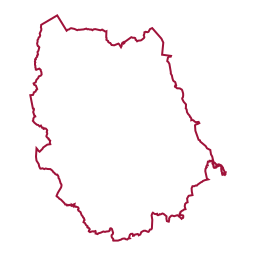 Assin South, Central, Ghana
{"feature_id": "2480657B73071492710762", "entity_name": "Assin South", "entity_type": "district", "adm_level": 2, "iso_a3": "GHA", "parent_name": "Ghana", "parent_adm1": "Central", "projection": "natural_earth1", "projection_center": [-1.29, 5.529], "detail": "fine", "context": "isolated", "style": "outline", "palette": "rose", "viewbox_px": 256, "rotation_deg": 0, "n_neighbors": 0, "source": "geoboundaries", "source_scale": "gbopen_adm2", "svg_char_len": 5763}
<svg xmlns="http://www.w3.org/2000/svg" viewBox="0 0 256 256"><path d="M106.4,231.5L108.8,231.3L109.8,230.4L109.8,229.3L110.4,228.3L111.0,228.3L111.9,229.0L113.1,232.8L112.8,234.0L111.6,235.2L111.6,236.6L112.0,237.6L113.2,238.9L113.3,239.4L113.1,240.1L113.3,240.6L118.0,240.6L121.3,239.5L122.2,238.8L124.0,238.5L124.8,238.5L125.4,239.1L127.3,239.5L128.2,238.6L129.8,238.3L129.1,237.5L129.9,234.8L130.9,233.9L132.5,233.8L133.0,234.7L133.0,235.8L134.0,235.7L134.9,234.6L137.7,234.0L138.3,234.4L138.7,235.3L140.3,234.5L141.3,232.1L143.6,230.8L145.2,230.7L148.2,231.9L148.8,231.6L149.9,229.6L151.4,229.3L151.9,228.3L152.3,219.8L151.6,215.3L152.3,213.4L152.9,212.7L154.5,213.9L155.5,214.1L157.1,213.8L157.3,214.9L157.8,215.2L158.7,215.1L159.6,214.2L160.6,214.4L162.4,213.5L163.6,213.9L166.5,216.3L166.4,218.6L166.9,221.1L168.6,221.7L168.8,221.7L169.2,219.6L169.1,218.7L169.6,217.4L171.4,215.7L172.3,215.6L174.2,216.2L177.3,215.2L178.2,215.6L178.9,216.5L179.5,216.7L181.6,218.8L182.4,218.0L182.9,218.0L183.2,217.5L183.3,216.0L183.1,215.5L182.6,215.3L180.1,215.0L180.1,214.0L179.7,214.0L179.8,213.4L180.5,212.7L180.4,212.1L181.6,211.0L182.6,210.6L184.0,209.5L185.5,209.2L184.7,206.3L185.1,204.0L186.4,202.7L187.6,202.3L187.1,198.5L188.4,196.2L188.7,195.8L192.5,195.1L191.8,191.4L191.6,188.3L192.5,186.2L194.3,186.2L195.6,185.5L196.8,185.6L197.7,184.6L201.1,182.2L202.1,181.8L202.9,181.0L204.8,180.2L208.2,179.4L206.9,178.5L205.3,171.2L205.5,168.8L206.1,168.2L206.1,167.6L206.7,167.2L206.3,166.4L207.0,165.2L207.7,165.2L207.4,164.3L207.9,161.7L209.0,161.7L209.3,161.1L209.7,161.3L209.8,160.8L211.1,161.0L212.3,160.4L212.6,161.8L213.0,161.6L213.1,161.8L212.3,163.0L212.7,163.6L213.1,163.6L212.8,163.9L212.8,164.5L213.6,165.2L213.4,166.3L213.8,167.0L214.5,167.3L214.0,167.7L214.2,167.9L215.9,167.7L216.3,167.4L216.1,166.1L216.4,165.9L217.0,166.4L217.6,165.6L218.1,166.2L219.2,165.6L220.5,165.9L221.5,166.5L221.2,167.9L221.3,169.9L221.6,170.3L221.4,171.0L222.0,172.4L222.4,172.7L222.0,173.3L222.1,173.8L223.2,173.6L222.9,174.7L223.7,174.5L224.2,174.7L224.6,174.3L225.0,174.8L225.5,174.2L225.4,173.4L225.7,172.3L224.8,172.2L223.3,169.1L223.0,167.8L221.3,165.4L218.8,164.3L217.3,164.8L216.9,164.7L215.5,163.8L214.9,162.9L213.5,162.0L212.2,156.5L211.0,154.4L210.3,150.0L207.0,148.3L205.7,146.1L200.2,141.5L200.0,140.4L198.6,139.8L195.4,130.8L195.0,125.3L195.6,124.6L197.8,123.9L199.3,123.1L198.6,121.9L195.9,122.2L194.7,121.6L193.4,120.3L191.9,120.0L191.3,120.2L191.4,118.7L190.5,117.1L189.9,116.8L189.6,115.6L188.1,114.0L187.0,112.1L186.6,109.4L185.7,108.3L185.9,107.6L186.0,104.4L183.7,101.8L182.3,99.1L182.2,98.3L183.0,97.0L183.2,95.1L183.1,93.3L182.2,90.3L181.8,89.6L179.8,88.4L177.1,88.3L176.2,87.5L175.1,86.9L174.9,86.4L175.2,85.7L175.9,85.9L176.2,85.5L175.3,82.3L175.0,81.9L173.6,81.1L173.0,80.1L172.4,78.1L171.9,75.5L170.8,73.6L170.8,72.1L169.4,63.9L168.3,62.0L167.3,61.3L167.3,60.7L167.9,57.8L169.0,56.7L170.7,56.7L171.0,55.9L162.1,54.7L163.3,42.6L161.4,38.6L152.2,28.1L150.0,29.1L148.5,31.8L147.5,32.2L145.6,31.8L144.4,32.3L144.4,33.7L143.7,35.3L144.2,36.4L144.3,37.4L143.8,38.2L141.3,40.2L140.3,40.5L138.5,40.6L137.1,41.3L136.2,40.0L135.7,39.9L135.2,38.1L134.2,37.7L132.9,37.8L131.3,37.2L124.9,41.8L124.4,43.0L123.9,43.4L123.6,42.1L122.5,42.7L122.0,43.5L121.6,46.0L121.0,47.2L119.2,44.3L118.4,43.6L114.2,45.3L111.6,45.0L110.3,43.0L109.4,42.8L108.2,41.9L108.1,41.0L106.4,39.8L106.6,38.0L106.2,37.4L106.4,31.3L106.0,31.5L104.9,31.4L104.3,30.8L103.3,30.5L102.6,29.7L102.1,29.6L100.5,30.3L95.2,29.1L93.4,29.4L92.5,30.2L91.0,29.4L90.1,29.6L88.3,29.1L87.3,29.3L86.3,28.6L83.6,29.4L79.3,29.8L78.6,29.7L77.2,30.2L74.4,28.9L71.2,28.2L70.4,28.4L69.1,29.4L67.8,29.7L66.6,30.7L57.2,15.4L41.2,24.8L40.9,27.4L41.3,28.5L41.3,30.1L39.7,33.5L40.2,35.3L39.7,36.8L38.7,37.4L38.2,39.2L37.5,40.1L37.6,41.7L37.1,43.4L37.5,45.3L37.9,46.1L38.3,46.1L39.3,47.3L38.4,50.8L37.5,52.0L38.0,54.7L37.1,55.4L37.2,56.7L36.1,57.8L35.7,58.7L35.8,59.2L35.1,59.4L35.2,60.8L34.9,61.5L35.3,62.5L35.0,62.9L35.0,64.9L35.4,65.9L35.3,67.3L35.6,67.8L35.8,69.6L36.2,69.8L39.3,68.6L39.9,69.1L40.7,69.9L40.6,70.3L41.4,72.2L41.6,74.6L40.7,75.7L38.8,76.4L38.2,78.0L36.4,79.9L35.7,82.3L33.6,83.4L34.1,84.7L35.9,85.6L37.2,89.1L36.3,89.8L36.3,90.3L35.9,90.6L35.5,91.6L33.8,92.4L33.8,93.0L33.0,94.9L30.3,95.2L32.9,108.5L33.6,108.5L33.9,108.9L33.9,109.9L33.2,111.9L33.3,112.7L33.7,113.2L34.0,114.9L35.1,115.9L35.3,116.5L34.3,116.9L33.4,118.4L33.2,120.5L32.9,120.9L34.4,122.7L36.8,124.7L38.2,125.0L39.6,126.4L40.9,125.6L42.0,127.7L42.9,127.7L43.5,128.9L43.8,129.0L44.4,128.3L45.8,128.6L46.9,129.8L47.2,130.4L46.7,132.2L47.2,133.1L47.2,133.9L46.5,135.6L46.4,136.5L47.4,137.7L48.7,138.6L48.6,139.4L50.2,140.6L49.8,142.4L50.3,144.2L47.3,144.6L43.2,147.5L42.5,148.8L39.6,151.7L38.2,150.6L37.7,149.7L36.5,148.3L36.0,156.7L36.5,160.6L38.7,164.0L39.2,166.4L40.2,168.5L40.8,168.7L42.6,168.3L44.3,169.1L45.7,168.5L47.6,169.0L50.4,169.1L52.4,170.7L53.5,172.4L54.3,172.7L55.2,174.0L56.7,174.8L57.1,174.6L57.9,175.4L58.5,176.7L58.5,178.0L59.4,179.2L60.6,183.3L61.4,184.4L61.5,185.7L61.1,187.4L57.9,192.7L56.5,196.0L57.5,197.0L58.3,197.4L59.2,198.6L61.0,199.7L64.5,203.3L65.2,204.5L66.5,204.5L66.9,205.4L67.5,205.4L68.1,205.0L68.8,205.3L69.3,204.9L70.5,205.2L71.2,205.6L71.4,204.6L72.6,205.7L72.5,204.9L74.5,204.1L74.2,205.2L74.7,206.5L75.2,206.8L75.7,206.5L78.1,207.4L78.6,208.3L78.6,208.9L78.0,209.5L78.4,210.6L80.5,212.1L81.6,215.1L82.8,216.5L83.1,217.5L83.9,218.1L84.5,219.9L84.2,220.0L83.5,222.2L84.9,223.0L86.0,225.0L87.5,226.2L87.3,227.2L87.6,227.6L88.5,227.7L89.5,228.7L89.7,229.6L89.0,230.4L88.8,231.3L90.0,232.1L92.1,231.4L93.2,231.3L93.9,231.6L95.4,231.0L95.6,231.2L95.6,233.5L96.7,233.6L97.0,234.0L97.6,234.1L98.4,233.3L100.7,232.7L103.3,231.5L105.0,231.9L106.4,231.5Z" fill="none" stroke="#9f1239" stroke-width="2"/></svg>